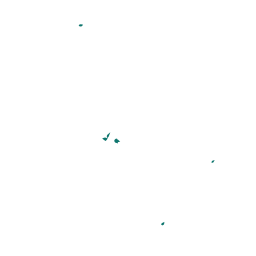 an SVG outline of Chuuk, rotated 208°
{"feature_id": "FSM-4942", "entity_name": "Chuuk", "entity_type": "state/province", "adm_level": 1, "iso_a3": "FSM", "parent_name": "Federated States of Micronesia", "parent_adm1": "", "projection": "albers", "projection_center": [151.099, 7.137], "detail": "fine", "context": "isolated", "style": "filled", "palette": "teal", "viewbox_px": 256, "rotation_deg": 208, "n_neighbors": 0, "source": "natural_earth", "source_scale": "10m", "svg_char_len": 990}
<svg xmlns="http://www.w3.org/2000/svg" viewBox="0 0 256 256"><g transform="rotate(208 128 128)"><path d="M130.9,110.2L132.3,109.9L132.9,110.1L133.5,110.8L133.5,111.4L133.2,112.2L132.8,112.5L132.3,111.9L132.0,111.9L131.7,112.2L131.2,112.2L130.7,112.0L130.1,111.9L130.3,111.7L130.6,111.7L131.0,111.5L132.1,111.2L132.3,110.9L132.1,110.5L131.3,110.7L130.9,110.2ZM142.8,107.1L143.1,106.9L143.4,106.9L143.9,107.0L144.5,107.1L144.1,107.6L143.4,108.1L142.6,108.4L141.9,108.5L141.9,108.0L142.0,107.6L142.2,106.8L142.4,106.8L142.5,106.9L142.8,107.1ZM217.1,197.1L217.2,196.6L217.8,196.1L218.4,195.8L218.8,195.9L218.7,196.3L218.1,196.7L217.5,197.0L217.1,197.1ZM52.0,60.6L51.8,60.1L51.9,59.4L52.3,58.9L52.7,58.9L52.8,59.3L52.6,59.8L52.2,60.3L52.0,60.6ZM142.0,113.0L141.8,111.4L141.9,110.8L142.2,111.1L142.3,111.6L142.3,112.1L142.2,112.5L142.0,113.0ZM37.2,138.6L37.2,138.3L37.2,138.1L37.3,137.9L37.5,137.7L37.6,138.0L37.4,138.4L37.2,138.6Z" fill="#14b8a6" stroke="#0f766e" stroke-width="1.5"/></g></svg>